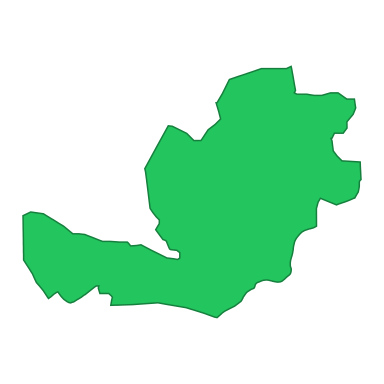 As Saddah, Ibb, Yemen (orthographic projection)
{"feature_id": "15242507B85155495853150", "entity_name": "As Saddah", "entity_type": "district", "adm_level": 2, "iso_a3": "YEM", "parent_name": "Yemen", "parent_adm1": "Ibb", "projection": "orthographic", "projection_center": [44.391, 14.166], "detail": "fine", "context": "isolated", "style": "filled", "palette": "green", "viewbox_px": 384, "rotation_deg": 0, "n_neighbors": 0, "source": "geoboundaries", "source_scale": "gbopen_adm2", "svg_char_len": 4613}
<svg xmlns="http://www.w3.org/2000/svg" viewBox="0 0 384 384"><path d="M23.0,215.7L23.1,219.8L23.2,228.4L23.3,233.1L23.3,234.7L23.4,240.2L23.4,240.6L23.4,243.2L23.4,244.2L23.5,247.0L23.5,250.7L23.5,252.8L23.6,253.6L23.6,254.1L23.6,255.1L23.6,256.7L23.6,260.0L29.6,269.3L31.2,271.9L32.4,273.7L33.5,276.2L34.9,279.3L36.4,282.5L37.7,284.0L39.3,285.8L41.6,288.6L43.4,290.8L47.7,297.4L48.5,298.5L50.0,297.4L50.8,296.9L54.1,294.0L55.5,293.1L56.6,292.4L57.0,292.2L57.8,291.9L61.2,296.5L63.8,299.3L64.8,300.0L67.0,301.6L69.0,302.6L70.7,302.9L72.1,302.3L73.7,301.9L77.7,299.3L77.9,299.3L81.2,297.3L84.5,294.8L85.0,294.7L94.5,287.1L96.2,286.0L98.8,285.9L98.3,288.1L99.9,293.5L101.4,293.5L104.6,293.5L108.7,293.5L111.1,295.6L112.4,297.2L111.6,300.5L110.8,305.3L116.9,305.1L118.2,305.1L123.3,304.9L132.5,304.6L135.5,304.4L139.3,304.1L157.9,302.8L158.0,302.8L166.2,304.3L186.3,307.7L189.7,308.8L193.4,309.9L203.6,313.1L214.6,317.1L217.1,317.6L219.4,315.6L222.2,313.0L224.7,311.2L227.2,309.9L229.3,308.8L234.7,306.1L240.9,301.4L241.5,300.6L242.2,299.3L242.8,298.3L242.8,298.2L243.0,297.5L243.8,296.3L244.0,296.1L245.0,294.6L246.0,293.2L247.0,292.1L248.3,291.2L249.3,290.6L249.9,290.2L251.3,289.3L251.5,289.2L252.8,288.8L254.2,288.0L254.8,286.6L255.2,284.9L256.1,283.5L257.4,282.5L258.9,282.0L259.0,282.0L260.3,281.4L261.0,281.1L261.8,280.8L261.9,280.7L263.4,280.3L264.9,280.1L266.1,280.0L266.6,280.0L268.2,280.1L269.8,280.5L271.3,280.8L272.8,281.3L274.0,281.5L274.4,281.6L276.0,281.9L277.5,282.1L279.0,282.0L280.5,281.8L281.0,281.6L281.9,281.2L282.4,280.9L283.2,280.2L284.7,279.0L285.8,277.9L287.0,276.8L287.1,276.7L288.5,275.6L289.5,274.8L290.4,273.7L290.6,273.1L290.8,272.5L290.9,272.2L291.2,270.5L291.2,268.8L291.0,268.1L290.7,267.3L290.3,265.8L290.3,265.3L290.3,264.2L290.3,262.6L290.5,261.0L290.5,260.8L290.9,259.3L291.3,257.7L291.8,256.2L292.2,254.7L292.6,253.0L292.9,251.3L293.2,249.5L293.3,247.9L293.6,246.0L294.0,244.4L294.4,242.6L294.9,241.0L295.8,239.3L295.8,239.2L296.6,238.0L297.6,236.7L298.6,235.5L299.6,234.3L299.7,234.2L300.7,233.2L301.8,232.1L303.2,231.3L304.6,230.5L306.0,230.0L307.5,229.5L308.9,229.0L310.4,228.7L311.8,228.3L313.5,227.8L314.9,227.1L316.5,226.2L316.4,208.6L318.1,202.2L320.4,198.3L321.4,198.7L336.5,204.9L337.2,204.6L338.9,203.9L340.6,203.4L342.2,202.8L343.8,202.3L345.8,201.6L346.4,201.4L347.4,201.0L349.4,200.2L351.0,199.5L352.4,198.9L353.9,198.2L354.2,198.0L354.7,198.1L357.2,193.7L358.2,192.1L358.8,189.4L359.3,186.4L359.3,183.7L359.3,182.4L359.5,181.3L360.1,180.4L361.0,179.6L360.8,175.6L360.7,173.0L360.4,167.6L360.2,162.0L345.9,161.1L342.0,160.9L337.6,156.5L337.0,155.9L333.2,150.8L333.1,149.6L333.0,149.3L333.0,148.7L332.6,145.9L332.0,140.8L331.0,138.4L332.0,138.2L334.3,133.4L334.4,133.2L334.9,133.2L335.8,133.2L343.2,133.2L345.1,130.6L345.7,129.8L347.0,128.1L347.0,127.7L346.9,121.8L347.0,121.7L352.5,115.1L353.2,114.2L353.4,113.7L354.7,110.5L355.7,107.9L355.3,105.6L355.0,103.6L354.9,102.7L354.4,99.1L352.8,99.1L347.6,99.1L346.9,99.1L343.3,96.6L341.4,95.2L340.8,94.8L338.4,93.1L338.1,92.9L335.3,92.9L330.6,92.9L329.6,93.1L329.4,93.2L324.6,94.6L321.8,95.4L320.8,95.4L319.8,95.4L314.3,95.4L311.4,95.0L306.8,94.2L296.8,94.2L294.3,92.8L295.5,90.4L294.4,84.5L293.4,78.6L293.0,76.2L292.2,71.9L291.7,69.0L291.1,66.4L286.4,68.6L274.1,68.6L273.5,68.6L272.1,68.6L261.4,68.6L251.3,72.1L238.1,76.5L229.4,79.5L228.0,82.3L222.3,93.8L221.8,94.6L217.0,102.8L216.1,102.8L218.8,111.8L220.6,119.0L218.7,120.9L215.2,124.4L213.6,125.6L208.1,129.8L202.1,138.9L201.2,140.3L201.0,140.5L193.9,140.6L193.4,140.1L186.7,133.4L172.4,126.3L168.3,125.8L166.9,128.3L158.1,144.3L157.7,145.0L145.0,168.3L144.8,168.7L145.3,170.7L145.5,171.8L145.6,172.1L145.7,173.0L146.6,179.8L147.0,183.3L147.1,183.8L147.6,187.9L150.0,207.6L150.1,207.9L150.1,208.4L151.3,210.2L152.3,211.7L153.0,212.7L153.2,213.0L154.4,214.5L156.2,216.8L158.9,219.5L159.3,219.8L159.3,223.6L157.2,227.1L155.7,229.7L159.7,235.2L163.0,239.6L164.1,239.9L165.5,240.5L166.4,241.3L168.5,246.6L169.6,249.0L170.7,249.6L176.5,250.3L176.8,250.3L178.4,251.6L179.8,252.6L179.8,255.5L179.8,258.0L177.6,259.5L173.8,258.8L168.1,258.1L166.9,258.0L166.0,257.5L150.2,249.7L149.6,249.3L149.3,249.2L144.4,246.6L141.0,244.8L136.7,245.5L131.4,245.9L130.5,245.9L129.7,244.7L128.3,243.0L127.3,242.1L123.1,242.1L119.8,242.1L110.0,241.4L102.4,241.4L101.5,241.0L101.0,240.8L100.8,240.8L92.3,237.4L87.0,235.4L84.9,234.5L81.2,234.1L78.8,233.8L72.8,233.8L72.7,233.7L69.9,231.4L68.2,230.0L67.6,229.5L64.6,227.0L63.6,226.2L58.0,222.8L52.8,219.5L52.0,219.1L45.8,215.3L44.1,214.2L43.4,213.8L35.7,212.7L30.7,212.0L23.0,215.7Z" fill="#22c55e" stroke="#15803d" stroke-width="1.5"/></svg>